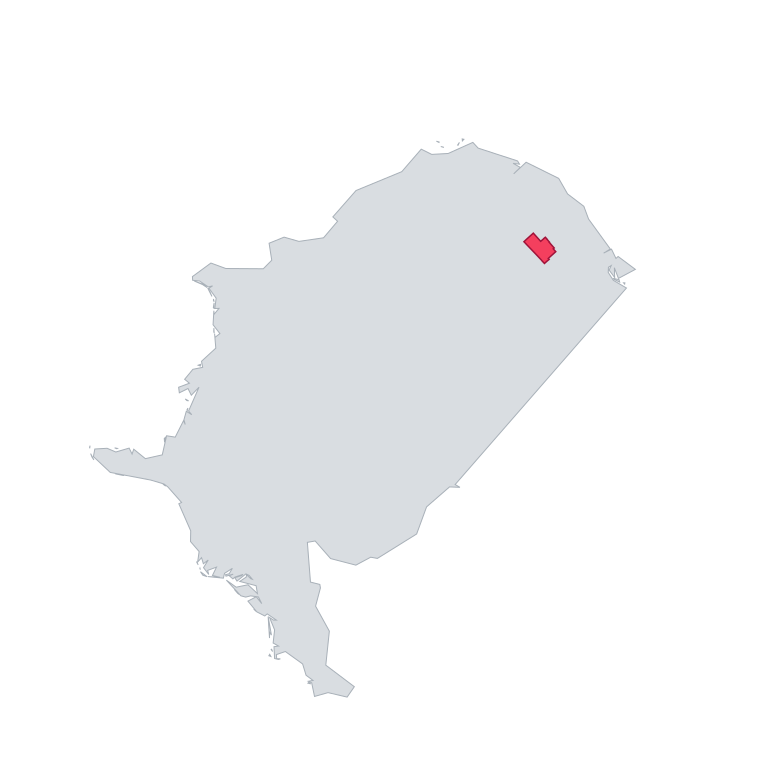 location of Harney, Oregon, United States of America, rotated 138°
{"feature_id": "52423323B63966770736551", "entity_name": "Harney", "entity_type": "district", "adm_level": 2, "iso_a3": "USA", "parent_name": "United States of America", "parent_adm1": "Oregon", "projection": "orthographic", "projection_center": [-119.059, 43.02], "detail": "fine", "context": "in_parent", "style": "filled", "palette": "rose", "viewbox_px": 768, "rotation_deg": 138, "n_neighbors": 0, "source": "geoboundaries", "source_scale": "gbopen_adm2", "svg_char_len": 4342}
<svg xmlns="http://www.w3.org/2000/svg" viewBox="0 0 768 768"><g transform="rotate(138 384 384)"><path d="M590.0,236.9L615.4,214.0L608.6,178.9L620.9,176.0L632.1,192.1L644.7,198.3L637.7,210.3L639.1,213.7L635.1,211.2L636.8,219.7L631.8,230.4L636.3,251.2L645.0,254.9L647.6,251.7L644.9,249.1L646.7,249.9L649.0,253.2L641.5,262.4L637.7,259.8L639.7,265.7L629.8,274.5L625.3,287.0L624.1,282.5L622.0,280.6L624.6,291.3L627.8,291.4L631.0,299.8L630.4,313.7L621.3,311.4L621.8,302.6L619.8,309.8L624.9,315.8L629.4,318.2L632.1,322.4L632.4,343.7L629.8,331.9L619.4,325.8L618.3,312.9L614.0,319.7L623.3,333.8L615.5,332.7L613.7,334.4L613.3,328.4L612.5,327.0L612.3,332.0L613.7,335.3L625.1,335.9L624.5,339.9L618.1,336.9L616.2,336.9L624.1,340.3L626.7,340.3L627.3,345.0L623.3,343.6L630.0,346.9L629.4,348.3L626.0,346.6L620.0,348.5L629.2,350.0L633.3,347.2L643.8,358.8L635.3,350.2L639.6,356.5L631.0,360.0L639.8,363.5L641.7,359.7L641.0,368.3L632.4,370.8L638.5,371.3L635.8,377.0L641.6,376.4L633.5,383.2L633.2,396.4L625.9,404.2L616.6,432.3L613.7,431.4L613.5,452.3L614.4,456.9L621.7,468.8L646.6,501.5L648.5,524.5L642.4,529.2L632.8,521.5L628.8,512.9L616.3,506.9L618.1,500.5L613.6,503.0L611.3,488.2L596.2,479.7L580.2,491.0L574.7,484.2L557.5,490.9L558.8,486.9L556.6,491.3L549.2,496.0L547.4,489.8L547.3,494.7L523.6,505.4L534.7,504.6L532.7,511.8L542.0,514.4L538.8,519.0L528.1,514.8L529.0,520.9L516.2,522.8L507.6,517.7L504.4,523.0L485.0,523.2L476.2,534.8L478.4,531.7L472.2,531.3L471.4,542.4L461.4,552.3L463.6,549.5L456.0,550.6L459.2,553.3L451.3,560.1L450.0,572.3L445.7,571.6L449.6,573.7L452.1,583.9L456.8,589.1L454.5,592.0L431.7,589.7L424.3,575.7L396.6,550.4L384.6,551.1L375.2,565.5L360.0,560.0L351.8,546.9L331.1,533.1L309.6,536.0L310.2,542.4L275.3,546.5L228.7,529.9L199.2,533.6L194.9,522.7L182.1,512.4L156.3,504.1L156.2,496.3L135.5,460.4L136.2,456.7L140.4,461.6L137.8,453.8L147.0,453.4L130.0,453.7L116.6,419.9L120.4,402.4L116.6,382.3L121.6,369.7L125.5,332.9L133.2,334.3L124.7,332.0L127.6,322.1L124.7,322.1L120.5,301.0L139.1,305.6L135.0,316.3L141.3,308.8L140.5,318.0L135.9,320.0L139.1,320.6L142.7,316.9L144.2,307.6L139.6,293.1L398.4,261.7L396.7,256.4L404.2,263.7L434.6,264.2L460.1,250.7L505.6,258.8L509.8,264.2L526.1,268.2L540.5,290.0L540.2,313.4L546.9,317.6L571.2,286.0L565.8,278.0L567.7,275.0L583.5,264.7L590.0,236.9ZM635.1,276.1L639.1,271.8L625.7,288.7L635.7,272.7L635.1,276.1ZM140.7,302.0L143.0,307.9L142.8,308.8L139.5,304.3L140.7,302.0ZM456.1,587.5L451.7,579.2L450.9,573.9L452.3,579.3L456.1,587.5ZM639.1,210.1L640.7,212.6L639.7,212.6L639.1,210.1ZM508.5,520.3L509.5,522.3L507.1,521.3L508.5,520.3ZM166.3,513.1L169.2,511.9L169.4,512.3L166.3,513.1ZM163.1,512.2L161.9,513.8L160.9,512.4L163.1,512.2ZM645.8,259.7L645.5,262.2L645.0,262.1L645.8,259.7ZM451.7,568.7L450.8,573.3L453.3,564.2L451.7,568.7ZM639.0,490.5L643.8,497.0L638.3,490.0L639.0,490.5ZM181.5,520.2L182.9,522.5L181.4,520.4L181.5,520.2ZM649.9,525.1L648.6,528.6L650.4,521.7L649.9,525.1ZM646.6,363.1L646.0,367.3L644.4,359.2L646.6,363.1ZM138.3,297.2L138.3,298.9L137.3,298.0L138.3,297.2ZM459.7,555.0L455.9,558.0L459.7,554.3L459.7,555.0ZM650.4,257.2L651.4,259.1L649.8,259.6L650.4,257.2ZM181.5,526.7L182.6,529.4L181.1,527.0L181.5,526.7ZM455.2,559.8L453.8,561.3L454.9,559.3L455.2,559.8ZM632.8,326.1L632.7,331.4L632.4,324.4L632.8,326.1ZM475.3,537.0L473.0,539.4L476.2,535.4L475.3,537.0ZM614.6,454.2L615.3,457.6L614.3,455.5L614.6,454.2ZM642.5,376.5L642.1,377.5L643.1,373.9L642.5,376.5ZM586.1,487.5L583.8,490.5L582.5,490.6L586.1,487.5ZM548.0,495.9L547.6,496.7L545.8,497.3L548.0,495.9ZM625.9,514.7L626.9,516.8L625.2,514.5L625.9,514.7ZM541.6,503.6L541.7,505.9L540.5,502.2L541.6,503.6ZM645.2,533.9L643.7,534.9L645.7,533.1L645.2,533.9ZM631.3,301.4L631.4,304.0L631.1,300.5L631.3,301.4ZM644.7,368.9L644.2,370.2L644.0,370.3L644.7,368.9Z" fill="#d9dde1" stroke="#a8b0b8" stroke-width="1"/><path d="M169.1,367.4L167.8,367.4L167.8,371.2L166.5,371.2L166.5,372.5L166.5,372.9L166.4,378.8L166.1,378.8L166.0,382.6L165.9,382.6L165.9,385.1L168.1,385.2L168.4,385.1L172.1,385.2L172.1,394.1L172.1,396.2L172.5,396.2L173.3,396.2L173.5,396.2L173.8,396.2L176.0,396.2L178.2,396.2L178.4,396.2L178.5,396.2L179.3,396.2L180.4,396.2L181.4,396.2L184.8,396.1L184.7,392.0L184.4,382.7L184.2,376.3L184.2,375.9L184.1,370.2L184.2,369.8L184.1,366.2L182.9,366.2L180.3,366.2L177.9,366.1L177.9,367.4L169.1,367.4Z" fill="#f43f5e" stroke="#9f1239" stroke-width="1.5"/></g></svg>